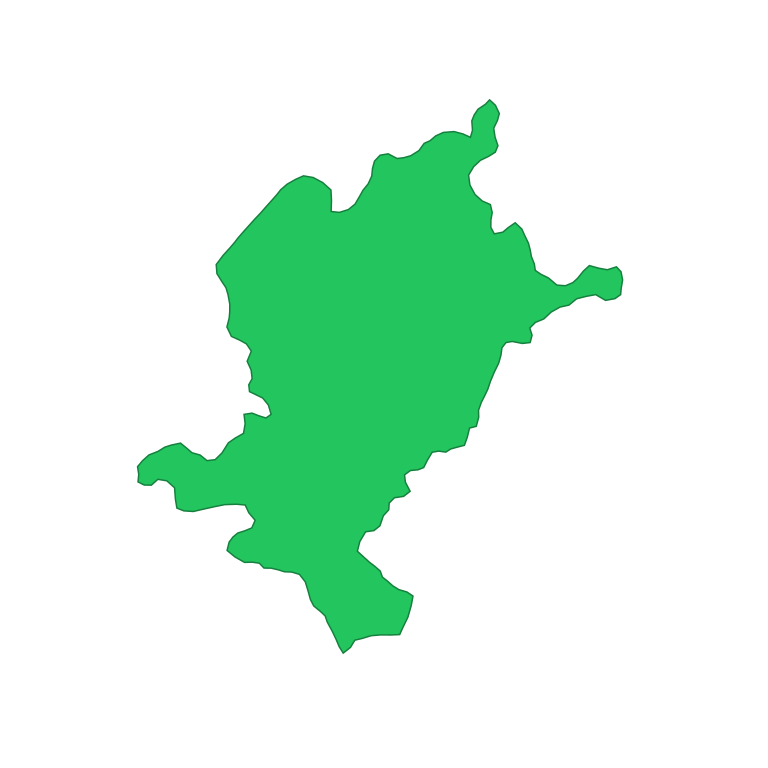 Maravilhas, Minas Gerais, Brazil (Mercator projection), rotated 328°
{"feature_id": "56859067B58643809104177", "entity_name": "Maravilhas", "entity_type": "district", "adm_level": 2, "iso_a3": "BRA", "parent_name": "Brazil", "parent_adm1": "Minas Gerais", "projection": "mercator", "projection_center": [-44.67, -19.514], "detail": "fine", "context": "isolated", "style": "filled", "palette": "green", "viewbox_px": 768, "rotation_deg": 328, "n_neighbors": 0, "source": "geoboundaries", "source_scale": "gbopen_adm2", "svg_char_len": 3207}
<svg xmlns="http://www.w3.org/2000/svg" viewBox="0 0 768 768"><g transform="rotate(328 384 384)"><path d="M624.1,199.0L618.2,200.5L609.4,200.8L603.1,203.6L597.9,207.4L593.5,215.7L588.0,220.6L583.4,213.7L577.1,207.0L567.6,202.1L559.3,201.0L551.9,202.1L545.6,201.2L537.3,204.6L527.6,204.6L520.5,202.5L514.6,199.7L509.5,191.0L501.9,187.9L494.0,190.0L488.4,195.2L483.8,201.2L476.6,205.9L469.0,208.5L462.8,211.9L454.8,216.1L446.2,217.2L437.1,214.8L430.6,209.7L436.8,200.4L441.8,191.4L438.8,180.8L433.4,171.4L426.0,164.8L417.4,163.6L407.9,163.2L399.4,164.5L393.3,166.7L385.2,169.1L377.2,171.4L370.0,173.6L362.1,175.6L354.5,177.8L346.4,180.1L337.9,182.7L331.6,185.0L324.5,187.2L315.9,189.6L305.0,193.8L300.8,201.9L300.8,211.9L301.0,218.6L299.1,225.5L295.5,234.6L291.3,241.2L287.6,246.1L281.0,252.4L279.8,262.8L284.9,270.4L288.6,277.1L288.9,285.8L280.0,292.2L278.7,301.8L275.0,309.6L268.9,313.0L265.9,319.2L270.2,326.0L273.7,331.6L274.8,340.5L272.2,349.9L265.9,350.3L260.9,344.5L256.7,338.8L249.2,335.6L245.2,344.1L238.7,351.4L229.4,351.0L220.9,351.4L210.1,356.6L200.7,358.7L193.3,355.2L190.4,346.8L184.7,340.5L182.8,334.3L180.1,326.3L171.3,323.1L164.6,321.4L156.7,321.4L147.0,319.6L138.6,321.1L131.2,323.5L128.1,330.7L123.5,336.7L127.1,342.6L133.1,346.5L141.7,345.0L148.5,351.0L151.4,361.0L145.9,371.5L142.6,379.5L147.0,385.5L154.8,391.1L165.0,394.6L174.9,398.1L185.0,401.9L195.2,407.8L202.2,413.1L201.1,421.5L202.5,431.3L195.6,436.0L188.1,434.7L181.0,432.9L174.9,433.7L168.9,436.0L162.7,442.0L166.0,451.8L171.2,461.4L177.6,465.1L183.3,469.9L184.7,476.5L190.6,480.3L195.9,485.6L200.1,490.5L206.1,494.6L211.4,500.6L212.4,510.1L210.0,519.1L207.4,527.8L206.8,535.1L209.3,542.4L211.2,549.5L209.7,556.0L209.1,566.1L208.0,575.6L206.8,583.0L206.8,590.6L216.0,589.6L223.5,585.8L230.3,588.1L239.6,590.6L248.4,595.1L256.7,600.4L264.5,604.8L271.6,600.1L280.7,594.4L289.6,586.4L296.2,579.2L293.2,572.5L287.6,566.2L284.4,559.6L282.6,553.3L280.3,546.9L281.7,540.7L279.6,533.8L277.1,527.1L275.2,520.4L272.8,511.7L280.0,504.8L290.1,499.6L297.8,503.0L305.4,502.1L313.6,495.4L321.4,493.2L325.3,487.7L332.6,486.0L341.1,489.7L349.3,488.8L350.1,478.6L353.3,471.9L360.6,471.4L367.4,474.8L373.4,475.9L380.5,471.6L388.7,467.4L394.8,469.9L400.3,474.5L406.3,474.5L412.4,476.3L419.7,478.6L426.3,473.4L433.2,466.7L439.8,468.8L446.6,462.5L450.3,456.3L456.9,451.1L463.4,447.2L469.3,443.4L475.6,438.2L484.1,432.2L492.3,427.1L498.5,421.5L503.2,415.8L509.4,413.5L515.3,415.9L522.8,422.9L529.9,426.3L535.4,421.1L537.3,413.8L545.0,412.0L554.1,413.5L563.7,411.6L573.9,412.0L582.7,415.1L592.5,413.8L602.1,416.9L610.9,420.4L616.2,430.5L625.1,434.0L632.0,433.6L636.0,428.4L641.5,422.2L644.5,414.4L643.2,407.8L634.0,405.5L627.4,399.5L620.9,392.4L613.0,393.9L604.0,397.0L597.9,398.1L589.9,396.8L583.0,391.7L579.7,381.3L575.1,373.9L572.5,367.8L575.1,361.9L576.5,354.1L579.0,347.9L581.1,341.2L582.1,332.1L583.0,325.6L580.7,316.8L572.2,317.2L565.2,318.2L557.1,315.1L557.6,307.8L561.7,301.4L566.6,296.0L569.3,288.2L564.3,280.9L561.6,271.5L562.3,260.8L566.4,251.7L575.2,247.2L584.3,245.4L593.5,246.4L601.2,246.4L606.9,242.3L609.0,233.5L612.6,225.2L619.9,220.6L625.1,215.8L626.2,206.6L624.1,199.0Z" fill="#22c55e" stroke="#15803d" stroke-width="1.5"/></g></svg>